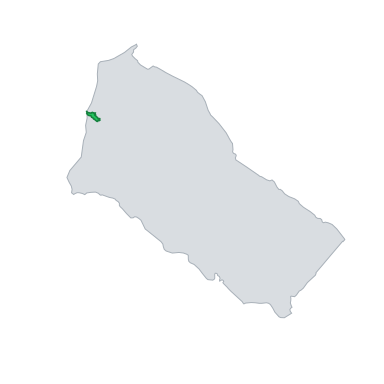 Gomoa West, Central, Ghana shown in context, rotated 131°
{"feature_id": "2480657B81635079362570", "entity_name": "Gomoa West", "entity_type": "district", "adm_level": 2, "iso_a3": "GHA", "parent_name": "Ghana", "parent_adm1": "Central", "projection": "equal_earth", "projection_center": [-0.84, 5.386], "detail": "fine", "context": "in_parent", "style": "filled", "palette": "green", "viewbox_px": 384, "rotation_deg": 131, "n_neighbors": 0, "source": "geoboundaries", "source_scale": "gbopen_adm2", "svg_char_len": 4567}
<svg xmlns="http://www.w3.org/2000/svg" viewBox="0 0 384 384"><g transform="rotate(131 192 192)"><path d="M226.3,39.8L228.6,42.7L229.1,44.4L228.3,50.6L226.6,55.0L225.5,59.0L225.7,61.1L226.7,63.1L230.2,66.3L232.0,68.4L234.1,71.6L236.5,74.7L240.7,78.7L242.4,79.4L242.3,80.6L241.8,82.1L241.4,97.1L241.1,101.0L240.8,102.9L240.4,108.5L240.0,109.3L239.2,109.3L238.5,109.5L238.3,110.6L238.6,111.8L241.1,112.6L240.5,113.4L238.7,114.2L237.8,115.9L238.2,117.8L237.2,119.3L237.5,120.4L238.1,121.2L239.2,120.9L242.1,118.3L243.3,118.0L244.9,118.5L247.7,122.5L247.8,124.4L246.6,131.0L245.5,136.1L245.3,142.9L246.5,146.8L246.4,148.9L245.1,150.7L242.2,153.3L242.4,155.1L243.7,158.5L246.2,162.2L251.0,166.8L253.5,172.8L253.5,175.3L252.1,177.7L250.4,179.9L249.8,182.9L250.6,203.1L246.8,211.9L246.8,214.4L247.2,217.3L248.2,219.0L250.1,219.5L251.7,221.2L251.2,227.4L250.3,233.6L250.2,236.7L249.7,238.1L248.2,239.3L247.7,241.3L248.1,243.7L247.8,245.5L248.6,247.9L250.3,250.8L253.1,258.0L254.2,258.6L254.6,260.1L254.3,261.6L255.4,264.8L258.5,268.0L261.7,270.8L264.3,271.2L265.0,273.7L266.7,276.9L267.9,278.3L269.9,279.2L271.5,279.7L271.6,282.4L268.7,284.2L266.7,287.0L265.2,291.2L263.1,295.9L255.9,298.3L253.1,298.3L238.3,298.5L224.4,307.6L216.4,310.9L211.5,316.0L204.9,319.7L200.3,324.2L190.7,326.3L174.9,333.3L170.0,336.1L165.0,340.9L156.9,346.7L153.8,346.6L147.4,341.3L142.7,338.6L131.0,334.5L122.3,332.9L118.1,331.2L116.9,330.9L117.9,328.9L120.4,328.8L122.9,329.4L124.8,327.9L127.7,327.7L128.4,326.2L128.7,322.4L128.6,319.2L129.6,317.9L129.9,314.2L128.5,306.1L127.5,305.2L122.4,304.0L122.1,302.4L121.1,300.7L120.2,296.5L119.1,290.3L117.3,282.6L113.9,269.9L113.1,265.4L112.5,260.8L112.4,255.3L113.1,253.3L113.0,250.5L112.7,247.6L115.1,241.2L119.8,233.3L120.8,230.4L121.7,228.4L121.8,225.6L122.7,216.3L124.9,205.2L126.4,201.0L127.3,198.7L128.5,195.0L128.8,193.3L133.1,188.9L135.1,187.7L135.6,186.0L134.9,184.1L135.2,182.8L136.2,182.2L137.8,181.7L139.0,179.9L137.2,166.2L135.7,152.5L135.7,151.3L134.8,149.4L133.9,143.8L132.5,140.5L130.4,139.5L130.4,136.4L132.5,131.2L133.1,128.1L132.1,127.1L131.9,124.8L132.6,120.9L132.3,118.5L131.9,115.9L129.8,110.0L129.3,105.7L130.4,103.3L130.4,97.8L129.2,89.5L129.0,84.2L129.8,82.0L129.5,79.9L127.9,77.9L127.8,76.0L129.1,74.1L129.0,72.7L127.3,71.6L125.9,69.0L124.6,65.0L124.9,58.4L127.3,46.4L127.7,45.4L130.4,45.5L130.5,46.0L139.1,45.9L149.0,45.8L160.9,45.6L171.6,45.5L172.1,44.9L173.9,44.3L184.7,45.5L191.5,44.9L194.4,45.3L196.5,46.1L201.2,45.6L203.7,45.9L205.6,48.9L206.4,48.9L207.4,47.6L209.3,46.1L211.2,45.0L212.6,42.7L213.4,40.9L214.6,41.2L216.4,41.1L217.6,39.6L218.1,37.3L226.3,39.8Z" fill="#d9dde1" stroke="#a8b0b8" stroke-width="1"/><path d="M200.3,324.3L200.4,324.2L200.5,324.2L200.5,323.9L200.7,323.7L200.8,323.7L200.9,323.4L201.0,323.2L201.4,323.0L201.6,322.9L201.7,322.7L201.8,322.7L201.7,322.4L201.8,322.3L201.8,322.2L202.0,322.0L202.2,321.3L202.0,320.2L201.7,319.5L201.2,319.0L200.8,318.5L200.9,317.9L201.3,317.4L201.5,316.8L201.2,316.1L201.0,315.6L201.2,315.1L201.5,314.1L201.4,313.9L201.1,313.7L201.1,313.3L201.0,313.2L201.1,312.9L201.1,312.7L201.2,312.4L201.2,312.2L201.2,311.9L201.1,310.7L201.1,310.1L201.0,309.9L200.8,309.9L200.6,309.9L200.5,309.6L200.3,309.7L200.1,309.7L199.9,309.6L199.7,309.6L199.4,309.7L199.3,309.4L199.2,309.2L198.9,308.9L198.8,308.7L198.7,308.7L198.4,308.6L198.2,308.6L198.1,308.8L197.9,309.0L197.7,309.3L197.5,309.5L197.4,309.5L197.2,309.6L197.2,309.8L197.3,309.8L197.5,310.0L197.7,310.3L197.8,310.3L198.0,310.4L197.9,310.4L198.0,310.5L198.2,310.8L198.3,310.9L198.3,311.0L198.2,311.3L198.1,311.6L197.8,311.8L197.7,311.9L197.7,312.0L197.8,312.1L197.8,312.3L197.9,312.5L197.8,312.8L197.8,313.0L197.8,313.3L197.9,313.5L197.9,313.8L197.9,314.0L197.8,314.3L197.7,314.3L197.7,314.5L197.7,314.8L197.6,315.0L197.8,315.1L197.8,315.3L197.9,315.5L197.7,315.7L197.8,315.7L197.8,315.8L197.7,315.9L197.5,315.7L197.4,315.6L197.2,315.3L196.9,315.5L196.6,315.9L196.7,316.6L196.6,316.8L196.5,316.7L196.4,316.6L196.2,316.7L196.2,316.8L195.9,316.9L196.0,317.0L196.2,317.3L196.3,317.3L196.4,317.5L196.5,317.5L196.8,317.5L197.0,317.6L196.9,317.8L196.8,318.0L196.8,318.3L196.9,318.5L197.0,318.7L197.1,318.8L197.1,319.0L197.3,319.2L197.3,319.3L197.5,319.3L197.7,319.5L197.8,319.5L198.0,319.7L198.0,319.9L198.1,320.0L198.4,319.9L198.4,320.0L198.9,320.3L199.0,320.3L199.2,320.5L199.3,320.6L199.4,320.9L199.4,321.0L199.5,321.0L199.7,321.4L199.7,321.5L199.9,321.9L200.0,322.1L200.1,322.4L200.1,322.5L200.2,322.8L200.3,323.0L200.3,323.3L200.3,323.5L200.2,324.1L200.3,324.3Z" fill="#22c55e" stroke="#15803d" stroke-width="1.5"/></g></svg>